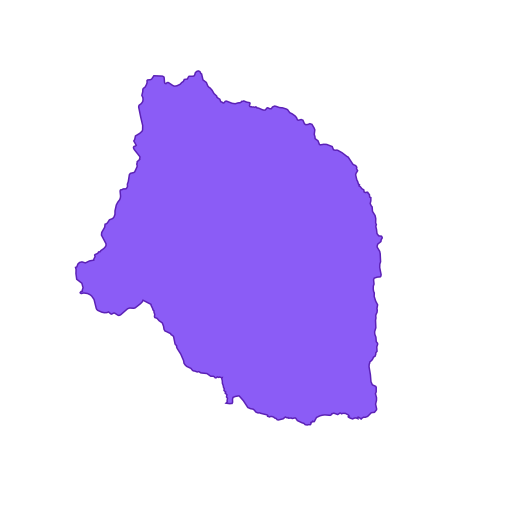 outline of Mecuburi, Nampula, Mozambique, rotated 118°
{"feature_id": "85939544B36345946298130", "entity_name": "Mecuburi", "entity_type": "district", "adm_level": 2, "iso_a3": "MOZ", "parent_name": "Mozambique", "parent_adm1": "Nampula", "projection": "orthographic", "projection_center": [38.95, -14.45], "detail": "fine", "context": "isolated", "style": "filled", "palette": "violet", "viewbox_px": 512, "rotation_deg": 118, "n_neighbors": 0, "source": "geoboundaries", "source_scale": "gbopen_adm2", "svg_char_len": 6140}
<svg xmlns="http://www.w3.org/2000/svg" viewBox="0 0 512 512"><g transform="rotate(118 256 256)"><path d="M350.6,86.6L349.6,86.4L347.9,85.4L347.1,83.8L345.2,82.1L340.2,80.6L338.4,78.0L335.3,77.4L334.5,77.6L330.6,80.9L326.8,81.9L324.5,83.1L321.5,85.9L319.5,86.1L315.5,88.2L314.9,89.1L315.1,92.8L313.0,95.5L307.2,99.2L300.7,104.2L298.3,105.3L297.2,105.3L296.3,105.8L293.7,104.8L291.8,104.6L290.2,104.8L288.6,103.8L286.7,104.1L285.1,104.8L283.3,104.4L279.6,106.7L276.6,107.2L275.9,107.9L275.2,109.6L271.4,112.0L269.3,114.4L267.2,115.7L263.1,116.5L256.6,120.3L254.4,121.0L252.6,122.2L251.2,122.6L248.9,122.7L246.9,123.5L245.5,124.6L242.0,125.7L239.7,129.1L236.2,132.7L233.1,134.2L232.0,135.6L230.1,137.0L227.5,138.3L225.4,138.6L221.7,141.1L220.0,141.2L217.7,139.0L216.1,136.5L215.3,136.3L214.5,136.5L213.7,136.8L208.2,141.3L205.0,142.9L202.6,143.3L195.7,147.4L193.8,149.0L191.4,153.0L190.4,153.7L188.4,154.1L184.6,152.5L182.8,153.1L180.8,153.0L180.2,153.5L179.6,154.5L180.6,157.1L179.4,159.7L175.9,162.1L173.9,163.9L173.1,164.3L171.9,164.4L170.6,165.9L166.8,167.8L164.4,169.8L161.9,174.1L158.1,176.5L157.6,177.8L156.1,179.8L153.4,180.5L150.5,182.0L150.6,183.3L148.4,184.8L148.0,186.5L147.4,186.9L147.3,187.4L147.8,188.3L148.6,189.1L148.7,190.6L147.0,191.9L146.9,194.0L145.8,196.6L145.7,198.0L144.5,198.1L144.4,199.3L142.4,201.3L141.6,202.6L137.6,206.1L136.1,206.5L133.0,206.3L131.8,208.2L130.3,208.7L129.4,210.4L129.6,212.9L129.4,213.7L125.4,221.0L125.4,222.6L124.4,228.5L124.3,233.2L124.5,234.3L125.5,235.8L125.8,237.5L123.6,240.1L124.3,246.0L125.6,248.7L127.7,251.4L127.7,252.4L125.2,255.3L124.6,258.9L124.3,259.2L123.3,259.7L121.2,261.7L117.0,263.3L115.7,264.8L113.5,268.4L113.9,270.6L115.4,271.8L116.7,273.7L116.5,275.3L114.1,278.3L114.3,280.2L116.2,282.2L116.3,283.4L114.8,285.2L114.0,287.2L113.5,290.8L113.6,293.5L112.0,296.8L112.0,298.3L112.7,302.1L113.9,304.9L114.5,308.7L114.9,310.0L116.7,311.4L118.7,311.6L119.5,313.0L119.6,315.1L119.9,315.7L122.8,316.4L123.5,317.4L123.9,319.3L124.2,323.2L124.8,324.7L124.4,325.3L124.4,326.2L125.3,326.8L125.6,328.2L126.4,329.5L126.4,330.4L126.9,331.1L126.8,331.8L126.1,332.5L124.1,332.9L123.6,333.5L124.5,336.4L124.8,339.6L125.7,340.3L126.1,341.2L127.2,341.4L128.2,342.1L129.2,343.7L131.3,345.8L132.4,348.8L133.1,354.8L133.8,355.7L136.0,356.3L136.3,356.9L136.1,358.4L136.3,359.6L134.6,361.5L134.3,364.9L133.3,365.7L132.3,369.4L130.3,372.5L129.2,375.4L129.1,376.9L128.5,378.4L126.1,381.3L125.4,385.5L120.8,389.5L120.8,390.5L119.8,391.5L119.5,392.5L119.7,393.9L121.0,395.1L122.8,395.6L124.9,395.1L126.1,395.3L126.8,395.9L128.7,399.4L129.2,399.7L132.0,399.7L133.8,402.2L136.0,402.1L137.7,403.0L140.0,403.6L142.8,405.7L144.0,407.2L144.4,408.0L144.5,409.5L144.0,414.8L144.5,415.8L146.1,416.4L146.3,417.4L145.6,418.3L141.7,420.8L141.1,421.5L141.1,422.5L141.2,423.3L144.8,430.8L148.8,431.2L149.8,431.9L151.5,434.4L152.2,434.6L154.2,433.5L156.2,433.2L158.8,433.2L160.8,434.1L161.8,434.2L164.2,433.1L167.8,432.2L169.2,430.3L170.9,429.2L172.8,428.5L175.2,428.8L177.8,430.0L178.9,429.8L179.6,429.5L187.5,423.0L194.0,417.3L198.0,415.3L199.4,415.2L202.2,416.2L206.6,418.8L210.1,417.8L211.8,417.9L214.5,413.7L215.4,414.0L216.6,415.2L217.6,415.2L218.5,414.5L219.2,413.4L222.8,405.2L223.8,404.6L224.6,404.5L225.1,404.0L228.5,405.2L229.9,404.5L230.8,404.5L231.6,403.6L233.0,402.9L238.8,402.6L239.7,403.1L242.0,405.7L243.6,406.0L250.3,403.7L253.0,403.3L254.9,402.1L256.4,402.0L257.8,402.4L259.1,404.7L260.5,405.6L261.2,406.6L261.8,406.7L262.8,406.3L266.7,403.7L268.6,403.0L270.4,402.8L273.2,403.3L276.5,403.3L282.3,401.7L285.4,400.1L288.0,399.7L289.5,399.9L290.8,400.6L292.8,402.4L296.3,402.7L297.6,403.1L298.8,404.2L301.6,403.1L307.6,403.3L310.1,402.3L315.6,394.2L317.3,393.3L319.0,393.4L320.9,393.9L324.0,395.5L325.5,395.7L326.3,396.9L328.0,397.0L330.3,398.8L330.9,398.9L332.1,397.8L335.1,397.7L335.8,397.3L338.5,400.7L342.2,403.4L342.9,406.9L344.6,408.8L346.7,409.5L349.8,409.1L350.8,410.0L352.3,408.6L356.1,406.7L360.7,403.4L361.8,397.0L365.2,393.8L367.6,393.4L368.6,392.8L369.3,393.7L370.8,394.1L371.2,393.7L371.2,392.7L369.5,390.7L368.2,387.1L368.1,384.2L368.5,382.3L370.4,378.6L377.1,372.6L377.9,371.6L378.3,370.2L378.0,365.8L377.3,363.3L376.0,361.1L374.6,359.9L375.3,357.0L375.1,356.2L373.3,355.0L372.8,354.1L373.1,349.7L372.4,348.6L371.4,347.9L362.8,344.6L361.2,343.1L359.6,339.5L358.6,338.4L352.3,335.6L349.8,334.9L348.1,335.0L348.0,326.0L348.8,325.5L350.9,322.6L352.0,321.6L352.3,320.4L353.6,319.6L355.1,318.0L357.2,317.2L357.8,316.5L357.5,314.1L358.6,311.2L359.1,307.3L361.4,304.7L363.9,302.8L364.9,301.3L364.6,295.0L365.3,294.1L365.4,292.1L365.9,290.9L371.4,286.4L372.0,285.7L372.4,284.1L373.8,283.2L374.6,282.2L377.9,276.4L382.4,270.8L384.5,269.2L385.5,267.3L386.0,265.4L385.8,260.7L386.8,258.3L386.8,257.3L386.3,255.9L386.0,253.5L384.9,252.2L385.1,249.8L382.8,244.1L383.4,239.6L382.2,237.1L382.2,236.1L382.7,234.8L382.2,234.0L380.9,233.4L380.7,231.9L379.9,231.3L379.7,229.5L379.2,228.8L380.3,228.7L382.1,227.1L384.1,226.0L385.7,224.2L387.5,222.8L387.9,221.8L389.8,221.1L390.3,218.9L391.5,218.9L392.2,216.5L394.3,215.9L394.9,214.4L397.5,213.5L398.2,212.9L400.0,213.4L398.8,210.0L397.4,207.9L396.1,208.0L393.5,209.5L391.6,209.9L389.8,208.4L387.6,205.6L387.5,205.0L389.7,199.2L393.6,192.1L393.4,189.2L392.6,186.7L392.9,184.9L393.8,183.1L393.8,182.0L393.6,180.5L392.8,179.3L392.7,178.0L391.2,172.1L391.2,171.0L392.1,170.5L391.8,169.7L391.9,168.7L390.6,167.5L390.1,166.0L390.0,164.5L390.3,163.3L390.0,162.0L390.6,160.5L390.3,159.3L387.0,155.6L384.4,154.5L384.3,152.7L383.6,151.9L384.0,151.3L382.5,148.8L382.5,147.7L380.6,145.5L380.6,144.7L381.9,142.2L381.7,137.2L381.3,135.1L381.8,133.6L381.6,132.6L381.0,131.2L380.4,130.7L379.4,128.8L378.2,128.7L377.2,129.4L376.3,128.5L375.3,128.4L375.2,127.1L374.8,126.8L370.2,126.8L367.2,124.6L365.5,122.8L364.0,120.7L361.9,115.8L361.3,115.2L359.6,115.0L359.5,114.5L358.7,114.1L358.2,113.4L357.6,109.4L355.3,108.2L355.0,107.6L355.2,106.4L354.1,105.4L353.0,103.2L353.0,100.0L353.6,98.6L354.4,99.2L354.9,98.8L354.9,96.6L354.5,94.2L353.0,93.1L352.0,91.7L351.8,89.6L351.0,90.2L350.3,90.2L350.2,88.9L350.6,86.6Z" fill="#8b5cf6" stroke="#5b21b6" stroke-width="1.5"/></g></svg>